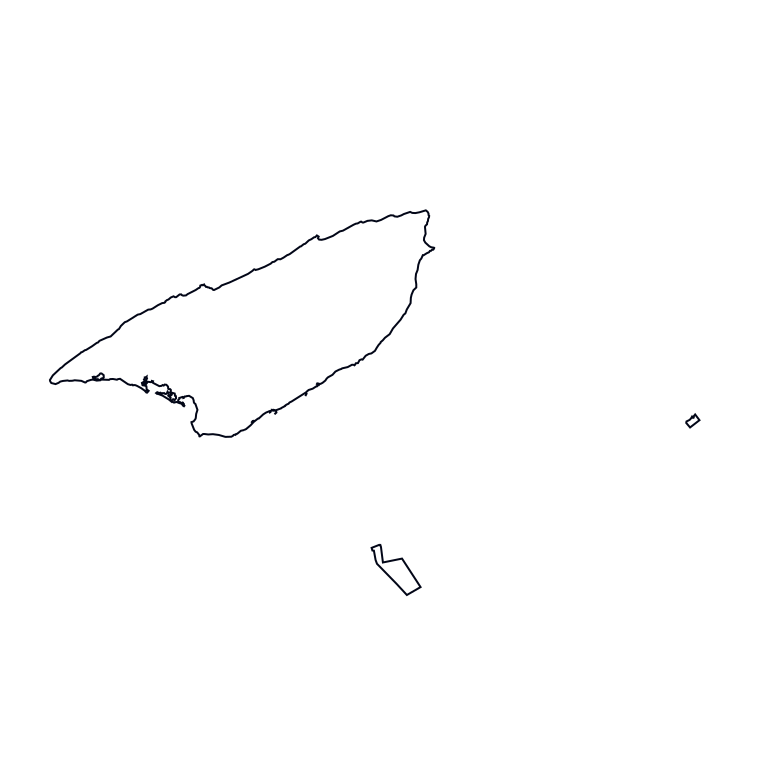 the district of Cozumel, Quintana Roo, Mexico, rotated 210°
{"feature_id": "50627088B79233583938817", "entity_name": "Cozumel", "entity_type": "district", "adm_level": 2, "iso_a3": "MEX", "parent_name": "Mexico", "parent_adm1": "Quintana Roo", "projection": "robinson", "projection_center": [-86.9, 20.435], "detail": "fine", "context": "isolated", "style": "outline", "palette": "ink", "viewbox_px": 768, "rotation_deg": 210, "n_neighbors": 0, "source": "geoboundaries", "source_scale": "gbopen_adm2", "svg_char_len": 6138}
<svg xmlns="http://www.w3.org/2000/svg" viewBox="0 0 768 768"><g transform="rotate(210 384 384)"><path d="M662.3,258.9L670.0,241.5L671.3,237.2L672.0,236.1L675.1,225.9L675.3,220.4L674.4,219.4L672.6,218.5L668.4,219.7L666.4,222.3L665.6,224.2L663.6,226.1L659.9,228.8L658.2,229.3L655.5,231.0L653.7,232.6L647.7,235.4L643.8,235.8L643.1,236.2L642.6,238.0L640.0,240.9L638.7,242.0L635.7,243.5L635.8,244.3L637.0,244.6L637.6,244.3L638.0,244.6L638.8,243.7L639.7,244.5L638.8,245.4L638.0,245.2L636.1,247.1L635.9,248.1L635.3,249.1L635.0,251.2L634.5,251.6L633.8,251.9L631.2,251.5L630.0,249.6L630.1,248.9L631.5,247.4L632.1,245.3L633.7,244.5L634.3,245.1L635.6,243.0L634.5,243.3L631.4,245.5L631.3,246.3L630.6,246.7L624.2,250.1L623.6,251.3L621.3,252.8L617.4,254.2L616.8,255.2L615.2,256.5L605.7,255.8L603.1,256.4L601.8,257.5L600.7,257.3L600.0,258.1L598.6,258.7L596.7,258.9L592.1,259.0L588.0,258.6L585.5,257.8L584.8,258.1L584.4,260.4L586.1,260.6L586.6,259.4L586.6,260.3L588.6,263.2L590.1,263.1L592.5,262.2L594.2,263.9L593.4,265.2L592.9,267.2L592.9,267.6L594.1,267.9L594.0,269.4L594.5,270.1L593.6,270.9L593.3,271.6L593.1,271.1L592.0,270.4L591.7,264.6L592.4,263.4L591.7,263.3L590.0,264.6L590.3,265.5L589.9,265.8L589.8,266.4L590.0,267.7L586.7,269.1L586.0,269.7L586.5,270.6L585.4,270.9L585.2,269.8L584.6,269.5L577.5,269.8L575.8,271.1L575.2,272.4L574.0,272.5L573.7,273.8L572.1,274.5L570.6,274.1L569.6,273.6L568.5,272.0L567.8,271.9L566.8,272.6L565.8,272.4L565.1,271.4L564.8,269.9L566.1,268.5L567.6,269.1L567.3,266.9L568.5,266.0L570.0,266.2L570.5,265.5L571.3,265.3L571.6,264.7L573.3,264.7L574.1,263.8L576.3,263.5L576.8,262.2L575.5,262.0L575.2,262.4L570.0,263.2L562.5,263.0L559.5,262.5L559.6,262.8L561.3,263.5L561.9,265.4L565.0,266.0L564.9,266.8L563.6,267.4L562.9,267.4L562.5,268.1L562.6,269.1L563.6,268.9L563.7,269.3L563.3,270.4L560.5,271.1L559.1,269.3L558.5,269.6L558.0,269.2L556.9,267.6L557.3,266.1L557.2,265.2L557.4,265.0L557.9,265.4L559.0,265.4L559.5,263.8L559.2,262.6L556.5,262.9L554.7,264.7L552.6,265.0L554.0,266.8L554.2,267.4L553.8,268.9L554.3,269.5L552.0,272.1L551.3,272.2L550.8,271.5L550.4,271.9L550.7,272.9L550.3,273.6L549.4,274.0L549.1,274.6L546.9,276.3L542.5,276.2L540.6,274.6L539.7,273.3L538.7,272.6L537.3,272.4L532.6,268.3L531.7,264.2L530.0,260.4L529.8,259.2L530.2,256.4L531.7,254.7L530.9,253.7L525.5,249.4L523.3,248.5L521.6,248.7L518.6,247.5L517.7,246.4L517.3,246.5L515.7,250.2L514.3,251.0L511.0,252.4L507.1,255.0L501.5,257.3L494.9,258.9L489.9,262.0L489.0,263.4L488.7,264.7L487.4,266.0L487.3,265.8L487.2,265.8L487.2,266.5L486.2,267.6L484.6,271.9L482.1,274.2L481.9,274.0L482.1,274.3L480.9,276.0L478.9,281.5L477.8,286.3L478.6,286.0L479.0,284.8L479.4,284.9L479.2,286.3L478.4,287.0L477.6,286.7L476.3,290.0L475.6,291.4L475.2,291.5L473.4,297.3L471.8,300.4L469.4,303.4L468.6,302.4L468.4,302.7L469.4,303.4L468.8,304.0L467.8,305.4L467.6,305.0L467.4,305.2L467.7,305.5L467.1,305.6L467.4,305.8L466.9,306.1L466.3,306.2L466.4,306.5L465.6,306.8L464.6,307.1L463.0,305.5L463.7,303.0L462.9,305.5L464.5,307.2L460.9,311.5L460.9,311.9L458.7,315.4L458.9,315.6L458.1,317.4L456.8,319.2L456.6,320.7L455.3,322.6L447.8,336.9L447.2,337.3L446.3,336.9L446.1,334.2L446.2,336.9L447.0,337.3L447.3,338.3L446.3,341.1L443.4,344.3L441.3,348.4L440.9,348.4L440.6,349.0L441.1,350.3L442.1,350.4L442.1,351.2L441.3,351.5L440.8,350.5L439.9,350.6L439.7,352.0L439.0,352.4L437.8,354.3L436.5,357.7L436.4,359.8L435.9,361.7L433.2,366.2L432.3,370.5L430.0,374.0L428.4,375.8L428.1,376.6L423.9,380.5L421.3,384.7L419.7,385.5L419.0,385.4L418.7,386.2L418.8,387.8L417.0,389.1L417.1,392.4L415.8,394.1L414.7,394.4L414.0,399.3L412.2,402.4L410.2,404.2L408.4,408.2L408.4,411.8L408.2,415.2L407.6,417.8L407.8,418.7L406.9,421.2L406.3,424.5L404.0,430.0L404.0,436.6L401.8,448.0L401.6,453.8L400.8,455.8L401.5,459.9L401.4,467.3L403.8,472.0L404.8,475.2L405.4,479.9L404.3,483.7L405.9,486.5L409.2,490.7L411.3,495.3L411.9,499.5L413.9,504.5L414.8,509.1L414.4,511.3L414.8,515.0L414.1,515.3L412.3,518.7L410.9,520.6L410.8,522.2L409.9,522.8L409.6,524.1L408.5,525.0L408.4,526.4L408.6,527.0L409.0,527.0L411.2,526.1L413.5,525.9L418.9,527.1L421.3,528.5L422.4,530.8L423.0,534.8L427.1,540.6L427.2,541.9L426.6,543.8L427.4,545.6L427.4,547.0L428.3,549.1L428.4,550.9L429.0,552.3L429.9,552.6L430.7,553.9L432.3,554.9L434.6,555.3L439.2,550.4L442.3,547.7L445.1,546.3L447.4,546.1L451.8,541.1L453.3,538.7L456.1,535.5L458.8,534.4L460.0,534.7L462.5,533.5L464.2,531.5L468.6,524.6L471.8,521.0L476.4,519.6L479.9,517.0L482.5,513.6L483.4,513.1L485.0,513.2L485.5,512.7L487.1,509.9L488.5,508.8L490.0,506.7L496.2,496.3L498.6,494.0L502.3,486.7L507.6,480.0L510.1,477.7L512.4,476.6L514.1,477.2L514.3,479.0L516.4,479.1L516.9,476.9L517.9,476.1L519.3,473.1L520.9,470.8L522.3,466.2L523.5,464.8L524.7,461.7L525.3,461.2L530.5,449.6L531.5,448.0L532.1,447.5L534.2,443.2L536.0,440.3L538.5,438.9L540.1,435.1L541.6,433.8L542.3,431.6L545.9,426.0L550.2,420.5L552.3,418.5L553.4,418.6L554.0,418.1L554.4,416.4L556.8,411.4L568.7,394.5L573.9,388.2L574.9,385.3L578.2,380.4L579.0,380.1L581.1,380.7L583.0,379.9L583.9,380.1L585.1,379.5L585.9,379.6L586.6,379.1L588.2,379.7L588.8,379.6L589.6,380.2L590.3,378.9L591.1,378.9L592.3,377.4L591.8,376.4L591.9,375.0L592.6,374.3L594.1,371.2L599.0,363.7L599.8,361.7L602.1,360.1L603.5,359.9L604.5,360.2L605.8,359.3L607.4,355.3L608.4,354.7L610.1,354.7L611.9,352.3L612.9,349.4L613.9,348.2L614.7,346.1L614.4,345.5L614.7,344.6L616.6,343.1L619.2,339.2L622.1,333.6L623.4,331.9L625.4,330.5L630.0,322.7L632.0,320.9L637.9,309.7L639.4,307.9L640.9,302.7L641.0,299.1L641.7,298.0L644.5,288.5L647.2,285.7L652.0,279.1L652.4,277.0L653.3,276.0L655.8,270.5L659.0,264.6L660.0,263.6L661.2,261.0L662.2,259.9L662.3,258.9ZM312.8,235.9L310.8,234.0L309.4,234.6L303.3,227.4L300.2,224.8L272.8,217.1L258.7,212.7L250.8,226.4L281.1,241.8L295.7,228.9L305.1,241.3L306.6,242.7L307.0,242.2L307.7,242.3L312.8,235.9ZM99.3,513.2L99.6,511.3L99.0,509.7L99.4,509.2L100.9,509.8L100.9,507.7L101.4,505.7L103.3,502.8L102.8,501.4L97.2,499.4L92.7,510.4L99.3,513.2ZM547.0,264.7L546.1,264.7L546.0,265.4L546.6,265.6L547.4,266.7L548.6,266.9L548.8,267.3L549.0,267.3L549.2,266.3L551.8,266.3L552.2,265.8L552.2,265.4L549.1,265.6L547.0,264.7Z" fill="none" stroke="#020617" stroke-width="2"/></g></svg>